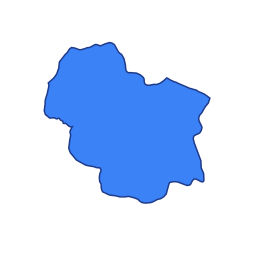 outline of Huambo, rotated 297°
{"feature_id": "AGO-1890", "entity_name": "Huambo", "entity_type": "Province", "adm_level": 1, "iso_a3": "AGO", "parent_name": "Angola", "parent_adm1": "", "projection": "orthographic", "projection_center": [15.812, -12.604], "detail": "fine", "context": "isolated", "style": "filled", "palette": "blue", "viewbox_px": 256, "rotation_deg": 297, "n_neighbors": 0, "source": "natural_earth", "source_scale": "10m", "svg_char_len": 2738}
<svg xmlns="http://www.w3.org/2000/svg" viewBox="0 0 256 256"><g transform="rotate(297 128 128)"><path d="M132.0,36.5L138.2,39.0L141.7,39.7L144.1,39.9L147.0,39.5L150.2,39.1L151.4,38.5L155.8,36.9L165.0,38.7L167.9,39.7L171.8,40.0L173.3,40.7L174.1,41.2L174.7,43.2L175.0,44.0L175.2,44.7L175.2,45.2L175.2,45.8L175.8,49.6L176.0,50.0L176.3,50.5L177.4,51.5L178.7,53.2L180.4,54.6L181.1,55.3L181.4,55.9L181.9,56.6L182.8,57.6L186.8,60.4L187.6,61.1L187.8,61.4L188.1,62.2L188.5,64.5L188.5,65.4L188.6,65.9L189.1,66.5L193.0,69.8L193.7,70.6L194.9,71.8L195.5,72.5L195.9,73.2L196.3,74.9L196.4,75.8L196.1,78.0L195.9,78.4L194.9,79.8L192.5,83.4L191.5,84.8L190.8,87.0L190.6,88.9L188.4,92.3L187.3,93.5L182.8,97.2L181.4,98.0L179.3,99.4L178.5,100.1L178.0,100.6L177.8,101.0L177.7,101.4L177.5,102.2L177.5,103.1L177.7,104.0L178.7,105.4L179.5,107.8L180.7,110.3L180.9,112.5L180.9,114.8L180.5,116.9L180.0,118.6L179.4,119.6L178.9,120.1L176.4,121.6L175.1,122.8L174.8,124.1L175.0,126.1L175.9,127.8L178.6,131.2L179.8,133.7L181.4,135.4L183.1,136.6L186.7,138.5L190.1,139.7L190.3,140.0L190.3,140.3L190.0,144.3L190.2,148.1L190.6,150.4L190.5,152.0L190.7,154.2L191.3,164.4L192.7,171.4L192.8,172.1L192.7,172.6L192.5,173.4L192.3,174.3L192.7,176.6L192.8,180.9L191.8,187.4L186.7,188.2L184.4,187.7L181.4,187.1L174.8,186.8L172.4,186.1L170.0,186.2L168.0,187.0L166.4,188.3L162.9,192.9L161.8,193.8L158.8,194.4L157.0,194.3L155.2,193.6L152.2,191.1L151.1,190.5L149.6,190.5L148.3,190.8L144.9,193.7L131.9,207.8L125.6,211.4L123.0,214.6L121.7,216.1L115.7,219.5L114.5,219.4L113.7,218.8L113.4,217.2L113.4,213.4L113.3,211.7L112.6,210.1L111.3,209.6L109.6,209.3L106.1,209.3L104.6,208.3L103.6,206.6L102.5,197.1L101.9,195.2L100.9,193.0L98.6,190.0L96.5,189.9L86.6,192.0L83.1,191.1L80.0,189.3L77.5,186.5L73.5,183.7L71.7,181.9L69.2,177.9L68.4,175.9L67.9,174.1L68.1,172.2L68.4,170.8L69.0,169.3L68.6,165.2L67.5,160.2L67.1,159.2L65.4,156.8L62.9,151.9L62.1,148.1L60.0,142.4L59.7,140.2L59.8,138.2L59.6,134.5L60.7,132.9L62.2,131.6L65.9,129.4L67.2,127.4L68.7,126.2L70.6,125.1L72.3,124.3L75.0,123.6L78.3,123.2L79.7,121.1L78.3,117.6L78.2,115.8L75.9,108.1L75.7,106.5L76.0,96.7L79.7,88.1L81.2,86.2L83.3,84.3L91.9,81.2L94.2,80.7L95.2,80.3L96.0,79.9L97.0,78.9L98.3,78.0L100.0,77.7L103.8,77.8L103.1,76.9L103.0,76.5L102.8,75.6L103.0,73.6L103.5,72.0L103.6,71.4L103.9,70.5L103.8,70.1L103.5,69.7L103.0,69.0L102.9,68.6L102.8,68.3L103.1,67.9L103.5,67.6L103.9,67.5L104.2,67.2L104.4,66.9L104.4,66.4L104.4,64.9L104.4,64.5L104.5,64.0L104.9,63.3L105.1,63.0L105.3,62.6L105.4,62.2L105.2,61.8L104.7,61.3L104.3,61.0L103.9,60.6L103.7,60.0L103.6,58.9L103.6,58.2L103.2,56.8L101.3,53.7L102.5,48.3L105.4,45.5L111.4,43.4L114.0,42.1L116.2,41.4L122.1,40.4L129.9,38.3L132.0,36.5Z" fill="#3b82f6" stroke="#1e3a8a" stroke-width="1.5"/></g></svg>